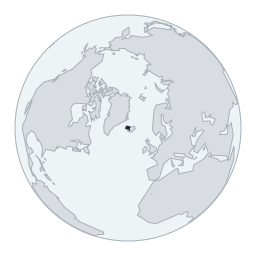 the Earth from above Vestfirðir
{"feature_id": "ISL-690", "entity_name": "Vestfirðir", "entity_type": "Region", "adm_level": 1, "iso_a3": "ISL", "parent_name": "Iceland", "parent_adm1": "", "projection": "orthographic", "projection_center": [-22.568, 65.72], "detail": "fine", "context": "on_globe", "style": "filled", "palette": "slate", "viewbox_px": 256, "rotation_deg": 0, "n_neighbors": 0, "source": "natural_earth", "source_scale": "10m", "svg_char_len": 11581}
<svg xmlns="http://www.w3.org/2000/svg" viewBox="0 0 256 256"><circle cx="128" cy="128" r="113" fill="#eef3f6" stroke="#a8b0b8"/><path d="M42.4,201.3L40.5,198.9L32.3,186.0L33.4,185.7L32.1,182.7L36.4,184.3L36.0,178.7L34.7,176.1L32.9,175.7L29.1,165.8L28.7,159.7L22.4,128.8L22.9,124.1L24.8,120.9L32.3,100.2L24.6,114.9L25.7,109.2L28.4,102.5L29.1,103.3L33.9,95.6L36.2,89.9L43.9,82.0L54.6,79.1L52.5,81.9L55.3,81.0L58.1,77.5L59.2,75.5L72.7,68.8L82.9,59.2L83.2,55.0L85.4,57.0L84.1,48.4L87.8,43.1L85.4,49.9L86.5,51.2L89.9,47.9L91.7,48.6L94.5,47.4L96.4,48.6L94.8,52.6L96.0,53.5L98.4,51.1L101.7,50.9L98.1,54.2L103.7,54.2L102.1,61.3L90.9,69.8L91.8,75.1L84.8,87.8L87.1,87.7L86.0,92.7L88.2,94.5L86.3,96.5L89.8,96.3L91.1,94.1L93.1,93.4L94.6,94.3L92.4,96.9L91.3,96.8L91.4,98.1L89.7,99.0L91.4,99.1L88.5,102.3L93.5,100.6L93.0,104.3L90.5,106.0L88.0,103.9L76.0,103.2L72.7,104.6L70.6,108.4L72.4,119.6L69.9,122.0L68.6,126.6L71.2,126.1L73.2,122.3L77.8,122.7L79.7,118.2L81.8,117.7L84.9,114.0L87.3,116.7L88.1,121.3L85.7,124.6L86.0,126.8L90.7,125.5L88.5,133.5L91.1,142.3L90.2,144.2L84.2,144.5L78.1,139.8L70.2,140.7L78.3,142.4L76.0,147.4L76.8,149.2L78.7,150.3L80.8,149.3L80.6,151.6L72.5,150.7L72.6,148.6L75.1,148.9L72.2,146.8L66.8,146.5L66.0,149.2L58.6,146.3L58.0,148.2L56.0,148.8L57.5,145.8L54.7,151.2L45.8,149.3L41.7,157.8L42.5,147.8L40.8,143.6L38.3,139.4L37.6,140.7L35.3,133.7L31.5,130.6L27.3,134.4L25.9,140.9L28.6,148.1L30.7,147.8L33.4,152.1L28.8,154.9L33.1,164.1L31.1,167.6L32.0,172.0L34.9,175.4L37.6,180.3L40.5,180.7L44.8,183.6L43.9,187.0L47.0,186.2L48.8,190.1L57.9,197.4L57.0,197.7L64.4,207.3L74.0,214.4L76.2,217.7L74.9,218.4L78.5,220.4L78.6,221.3L94.3,228.2L103.4,232.1L103.8,234.2L97.6,234.6L95.1,235.7L91.7,234.6L83.7,231.5L75.9,227.9L68.4,223.6L61.3,218.8L54.6,213.4L48.3,207.6L42.4,201.3ZM50.2,46.6L51.1,45.9L49.4,47.5L50.2,46.6ZM52.4,44.8L51.9,45.1L52.5,44.7L52.4,44.8ZM53.3,43.9L52.7,44.5L53.4,43.9L53.3,43.9ZM54.5,42.9L53.9,43.4L54.0,43.4L54.5,42.9ZM40.1,159.8L45.2,171.8L41.0,167.4L42.0,167.7L41.0,164.1L38.7,158.7L35.4,154.9L40.1,159.8ZM56.6,41.2L57.1,40.7L56.6,41.2L56.6,41.2ZM45.2,159.6L44.2,157.8L45.4,159.3L45.2,159.6ZM59.5,74.5L57.9,77.4L54.7,80.4L55.8,77.8L59.5,74.5ZM65.8,69.2L65.6,70.7L62.5,71.3L63.6,70.3L65.8,69.2ZM83.0,51.9L81.5,53.8L82.4,51.8L83.0,51.9ZM94.5,47.1L94.4,46.3L95.8,46.1L94.5,47.1ZM83.3,112.8L84.0,113.4L83.1,113.7L83.3,112.8ZM83.9,110.6L82.2,110.7L82.3,109.6L83.3,109.7L83.9,110.6ZM100.1,47.6L102.5,47.5L99.8,48.3L100.1,47.6ZM85.9,110.9L82.5,107.9L82.6,106.1L86.6,104.7L85.9,110.9ZM103.7,47.9L109.5,47.6L109.7,45.9L112.5,50.7L106.6,49.3L103.2,50.5L104.6,48.9L103.7,47.9ZM90.9,93.1L89.6,95.4L89.3,92.6L90.9,93.1ZM90.3,91.5L86.8,84.4L89.5,81.6L90.2,84.5L92.6,80.2L95.7,82.3L95.0,85.1L92.6,86.5L95.6,86.3L90.3,91.5ZM113.1,53.5L114.3,54.1L112.7,54.3L113.1,53.5ZM93.9,92.9L92.9,91.6L95.3,89.1L97.6,91.1L96.1,91.2L93.9,92.9ZM91.8,78.1L93.9,76.6L97.0,77.9L98.2,77.5L96.0,82.1L91.8,78.1ZM96.3,92.3L98.7,92.2L99.0,94.2L95.0,93.9L96.3,92.3ZM94.9,87.6L96.1,86.5L96.2,87.7L94.9,87.6ZM101.2,101.7L100.0,100.2L101.1,98.7L101.2,101.7ZM99.6,92.0L99.5,91.3L99.8,90.5L101.4,90.9L99.6,92.0ZM98.3,82.7L99.2,83.6L99.4,80.9L101.7,81.8L99.8,84.7L101.6,83.8L102.3,84.1L100.0,86.2L98.3,82.7ZM103.9,89.1L102.3,93.3L104.3,96.3L103.4,97.7L100.3,92.5L103.9,89.1ZM101.8,87.2L102.9,88.7L101.2,89.6L99.4,89.2L101.8,87.2ZM103.9,81.4L100.9,79.2L101.4,78.6L103.9,81.4ZM104.8,89.8L105.2,88.7L105.2,89.9L104.8,89.8ZM104.6,83.7L103.4,83.0L104.1,82.4L104.6,83.7ZM106.9,87.3L106.4,88.7L105.1,88.4L106.9,87.3ZM106.1,85.5L107.2,84.8L105.0,87.5L105.5,85.3L106.1,85.5ZM105.4,83.2L105.4,82.6L105.8,83.6L105.4,83.2ZM111.9,87.6L109.4,91.0L106.6,90.4L109.5,87.2L111.9,87.6ZM222.2,66.2L221.6,65.8L224.7,70.8L223.4,69.4L222.9,71.6L226.8,79.1L233.6,93.3L236.2,97.9L237.8,103.7L235.7,104.7L232.5,102.5L233.1,106.4L229.7,109.8L227.9,124.0L226.4,124.2L226.3,127.6L223.8,131.2L221.0,131.2L220.0,134.5L227.1,134.4L228.0,130.8L227.0,125.1L229.0,126.2L231.3,123.0L233.2,134.9L228.4,158.5L225.9,155.8L211.6,155.3L210.8,153.3L210.7,153.2L210.4,153.0L211.2,156.7L208.0,156.0L217.9,159.1L220.5,161.8L228.4,159.0L228.2,160.6L230.1,158.8L233.7,146.6L234.2,147.9L233.8,159.1L226.9,180.2L226.6,182.4L226.3,183.0L221.5,190.8L216.1,198.1L210.2,205.1L203.6,211.5L196.6,217.3L189.2,222.6L188.7,222.6L193.1,218.7L193.2,217.2L186.6,216.6L188.2,212.1L185.9,211.8L181.5,214.6L178.6,214.0L175.8,215.3L156.3,223.6L149.1,222.6L137.4,215.2L140.0,210.6L138.2,205.6L154.2,180.8L160.1,180.0L175.6,169.1L177.9,168.5L178.9,173.9L192.7,170.9L193.9,164.8L203.6,159.1L208.4,153.0L205.2,143.1L197.4,153.1L193.4,150.8L197.4,139.6L203.9,130.8L202.5,129.7L196.2,132.1L195.3,127.0L193.7,132.6L196.1,132.6L195.1,136.2L192.9,136.4L192.7,134.6L190.1,136.5L191.8,145.0L194.4,145.9L189.0,153.3L192.8,155.5L192.2,158.9L185.5,156.3L184.4,154.0L173.9,153.0L174.6,156.1L184.5,157.3L182.5,158.3L183.5,162.7L181.1,160.1L170.0,158.2L163.6,164.0L159.5,177.5L155.0,180.2L149.3,180.0L146.8,169.5L157.3,164.7L156.5,161.1L151.0,157.7L154.6,156.6L153.6,154.7L157.3,152.6L159.0,145.8L162.2,143.2L159.6,136.8L160.9,134.7L162.0,139.1L164.5,140.8L172.0,134.6L172.5,132.2L170.3,128.7L172.6,127.5L169.4,124.8L172.2,119.7L166.2,123.8L163.4,119.9L163.2,114.9L161.2,114.4L161.4,122.6L162.5,125.3L165.1,126.3L167.1,134.4L165.2,137.4L159.1,131.9L155.8,135.6L152.5,129.9L153.9,111.0L156.1,105.1L166.7,102.7L168.1,106.0L164.9,108.4L170.8,109.3L168.9,107.7L170.8,106.8L168.6,103.1L169.9,102.3L165.6,100.1L166.9,98.7L169.6,100.1L167.5,93.6L169.3,89.9L168.2,88.9L166.5,88.8L170.0,84.3L169.1,83.7L167.5,84.9L164.6,84.6L160.8,82.4L162.2,81.0L163.8,81.6L169.2,80.8L173.1,82.8L173.3,82.0L170.3,80.0L163.7,80.9L161.0,79.9L163.9,79.0L162.7,79.3L161.8,78.4L162.2,76.2L158.9,77.0L147.2,69.6L146.9,64.8L150.8,64.7L144.2,58.5L144.3,53.9L142.9,55.0L138.8,53.0L138.7,54.4L137.7,54.8L127.0,50.6L125.6,48.6L119.4,48.4L118.7,49.0L119.4,50.4L112.5,50.7L109.7,45.9L111.5,44.8L108.6,42.7L113.0,40.4L115.4,37.7L122.0,36.7L123.3,34.7L121.9,34.2L122.7,31.2L128.8,27.4L129.6,33.0L121.6,39.9L125.4,37.2L126.3,38.7L128.7,38.2L131.2,36.4L130.4,35.6L143.2,37.3L152.7,35.3L147.9,33.2L147.1,31.0L153.6,27.5L171.2,29.9L170.3,27.6L171.8,27.4L175.8,29.2L173.8,29.5L175.9,31.4L174.2,31.4L180.0,34.6L177.8,34.7L183.4,37.2L183.7,36.1L179.4,33.1L185.2,35.4L183.7,32.6L186.0,32.7L196.9,39.2L204.3,45.5L205.2,46.2L206.9,48.2L211.0,52.3L210.4,51.2L216.6,58.4L222.2,66.2ZM151.7,193.0L152.0,194.8L151.7,193.0ZM212.8,125.2L215.2,119.1L210.5,117.1L211.0,114.7L209.2,115.0L210.1,117.0L205.1,117.3L204.8,113.1L202.6,111.7L201.7,113.7L203.0,121.4L210.2,121.0L211.2,124.5L212.8,125.2ZM58.2,197.6L59.2,199.1L57.6,198.0L58.2,197.6ZM39.8,168.3L41.2,170.2L41.7,171.7L40.5,170.5L39.8,168.3ZM53.1,182.7L55.0,184.8L52.7,183.3L53.1,182.7ZM46.1,173.5L51.5,181.1L47.2,178.4L43.9,173.6L46.5,176.0L46.1,173.5ZM43.2,161.2L44.0,162.6L43.3,163.0L43.2,161.2ZM46.1,160.7L45.7,160.3L45.6,159.1L46.1,160.7ZM76.4,147.4L77.1,147.6L78.7,149.1L77.4,149.1L76.4,147.4ZM89.3,151.5L88.8,155.0L88.2,152.5L86.3,153.2L82.7,148.7L89.6,145.0L87.1,147.4L89.3,151.5ZM79.9,141.9L81.4,145.1L79.5,141.8L79.9,141.9ZM144.7,146.7L147.0,147.2L147.2,150.0L143.2,153.5L142.8,149.6L144.7,146.7ZM150.2,147.4L145.3,141.2L147.6,138.8L147.2,141.2L149.2,140.2L149.0,143.8L156.0,147.8L156.7,150.5L148.8,155.4L151.0,152.3L148.6,151.9L150.2,147.4ZM128.7,130.6L126.6,128.2L134.3,126.1L135.4,128.6L131.4,132.3L127.8,131.5L128.7,130.6ZM93.7,109.1L92.4,108.6L93.0,107.8L94.6,107.7L93.7,109.1ZM100.6,101.1L100.0,110.8L98.5,110.6L100.0,116.6L96.5,118.6L95.7,114.6L94.2,120.7L92.0,117.9L91.5,122.1L89.9,113.0L87.9,110.8L91.4,112.5L94.6,110.7L95.4,109.3L96.2,103.7L93.5,98.3L96.2,95.8L98.9,95.5L99.9,96.4L97.8,97.7L100.8,98.0L98.5,100.6L100.6,101.1ZM128.4,95.0L125.5,95.9L131.1,97.5L128.8,99.9L129.6,99.9L129.1,102.6L129.8,105.9L128.4,106.7L129.3,107.7L129.0,109.5L129.7,111.2L127.4,113.1L128.2,115.3L126.7,115.0L128.5,118.3L126.1,116.7L125.5,119.1L128.1,119.3L114.1,126.6L110.1,131.1L108.0,135.7L104.2,132.6L103.7,126.4L105.2,119.3L109.7,115.5L107.1,114.9L108.5,112.9L109.9,114.2L108.6,111.1L110.1,109.8L111.4,103.9L108.5,100.2L108.9,98.1L110.8,98.9L109.9,96.2L113.8,96.3L114.2,94.7L118.5,93.4L121.9,96.0L122.1,94.1L125.3,93.1L128.4,95.0ZM113.2,87.3L117.8,89.7L118.9,92.3L111.0,93.6L110.1,94.9L105.2,96.0L103.8,92.4L105.3,92.4L106.5,91.6L106.5,93.0L107.4,91.3L109.5,91.2L110.8,89.9L112.0,91.0L113.2,87.3ZM179.0,165.5L180.5,164.6L182.6,162.8L183.2,165.6L179.0,165.5ZM171.5,164.3L172.6,163.1L174.6,166.1L173.0,167.0L171.5,164.3ZM171.6,160.1L172.5,162.9L171.1,161.9L171.6,160.1ZM162.9,137.9L164.0,136.5L164.7,137.1L164.9,138.8L162.9,137.9ZM144.4,100.9L142.6,100.9L142.5,100.1L139.0,97.9L140.4,96.1L143.0,96.7L144.4,100.9ZM204.9,146.2L204.5,149.5L203.3,149.8L203.7,148.6L204.9,146.2ZM194.1,158.6L197.3,156.9L194.2,159.4L194.1,158.6ZM145.3,98.6L143.7,97.8L145.4,97.4L145.3,98.6ZM141.2,94.6L142.9,93.8L140.2,95.6L141.2,94.6ZM236.3,97.8L236.5,97.7L237.2,100.4L236.3,97.8ZM206.2,46.9L208.3,49.1L208.0,48.8L204.9,45.9L206.2,46.9ZM187.8,33.0L189.4,33.7L190.4,34.3L190.6,34.6L187.8,33.0ZM154.8,82.7L158.1,87.7L161.4,90.3L164.6,90.1L161.4,92.7L156.4,88.6L154.8,82.7ZM148.0,71.3L145.1,71.7L145.4,70.2L146.1,69.9L148.0,71.3ZM147.0,72.5L145.3,75.4L143.1,74.8L144.8,72.6L147.0,72.5ZM145.5,86.8L146.4,88.4L145.0,88.8L145.5,86.8ZM167.2,24.3L166.7,24.7L164.1,23.7L165.2,23.7L167.2,24.3ZM155.2,21.1L163.3,23.5L169.6,25.9L168.5,25.0L171.4,25.6L172.2,26.8L166.5,25.2L162.0,23.5L159.7,23.5L155.4,22.6L153.8,23.5L151.4,23.3L151.4,22.1L155.2,21.1ZM153.3,24.0L149.0,25.6L144.9,23.9L144.9,23.1L148.6,23.0L150.6,24.0L153.3,24.0ZM146.8,25.5L148.6,26.5L146.3,31.8L144.7,32.5L144.4,27.3L146.1,28.0L147.4,27.1L146.8,25.5ZM114.7,53.2L114.3,54.0L113.8,53.1L114.7,53.2ZM137.7,55.6L136.3,56.0L135.8,54.9L137.7,55.6ZM132.1,56.5L133.7,57.5L131.4,57.0L132.1,56.5ZM137.3,59.6L134.0,58.1L138.0,58.7L137.3,59.6Z" fill="#d9dde1" stroke="#a8b0b8" stroke-width="1"/><path d="M128.7,128.5L128.5,128.4L128.4,128.4L128.4,128.5L128.4,128.4L128.4,128.5L128.2,128.5L128.1,128.4L128.3,128.4L128.4,128.2L128.3,128.3L128.2,128.4L128.0,128.2L128.0,128.3L127.9,128.3L127.9,128.2L127.9,128.4L127.7,128.3L127.8,128.3L127.8,128.2L127.7,128.3L127.7,128.2L127.7,128.3L127.5,128.5L127.4,128.4L127.2,128.5L126.9,128.6L126.7,128.4L126.4,128.4L126.5,128.3L126.5,128.2L126.8,128.3L127.0,128.4L126.9,128.3L126.8,128.2L127.0,128.2L126.8,128.1L126.7,127.9L126.8,127.8L127.1,128.0L127.3,128.2L127.2,128.0L127.3,128.0L127.4,127.9L127.5,128.0L127.5,127.9L127.4,127.9L127.5,127.9L127.4,127.9L127.2,127.9L127.0,127.7L127.3,127.7L127.5,127.8L127.4,127.7L127.2,127.6L127.0,127.4L127.3,127.4L127.4,127.5L127.3,127.4L127.2,127.3L127.1,127.2L127.3,127.2L127.3,127.3L127.3,127.2L127.2,127.2L127.3,127.1L127.5,127.2L127.6,127.3L127.6,127.2L127.7,127.3L127.6,127.5L127.7,127.4L127.8,127.4L127.7,127.5L127.8,127.5L127.8,127.4L127.8,127.5L127.8,127.4L128.0,127.4L128.0,127.5L127.9,127.8L128.0,127.7L128.1,127.8L128.1,127.6L128.1,127.4L128.0,127.2L127.8,127.1L127.7,127.1L127.9,126.9L128.0,127.0L128.1,126.9L127.9,126.9L127.9,126.7L128.0,126.7L127.9,126.7L127.8,126.8L127.8,126.7L127.7,126.9L127.5,126.7L127.8,126.6L127.7,126.5L127.8,126.5L128.0,126.6L128.3,126.7L128.2,126.8L128.3,126.8L128.5,126.9L128.5,127.0L128.7,127.3L128.8,127.4L128.7,127.3L128.8,127.3L129.0,127.4L129.0,127.5L128.9,127.5L129.0,127.5L128.9,127.6L129.0,127.5L129.0,127.8L128.9,127.9L129.0,127.9L128.9,128.0L128.7,127.9L128.7,128.0L128.8,128.1L128.9,128.3L129.0,128.2L129.0,128.3L128.9,128.5L129.0,128.5L129.1,128.8L129.2,129.0L129.3,129.3L129.3,129.5L129.2,129.4L129.1,129.2L129.0,128.8L128.9,128.7L128.7,128.7L128.8,128.6L128.8,128.4L128.7,128.5Z" fill="#64748b" stroke="#1e293b" stroke-width="1.5"/></svg>